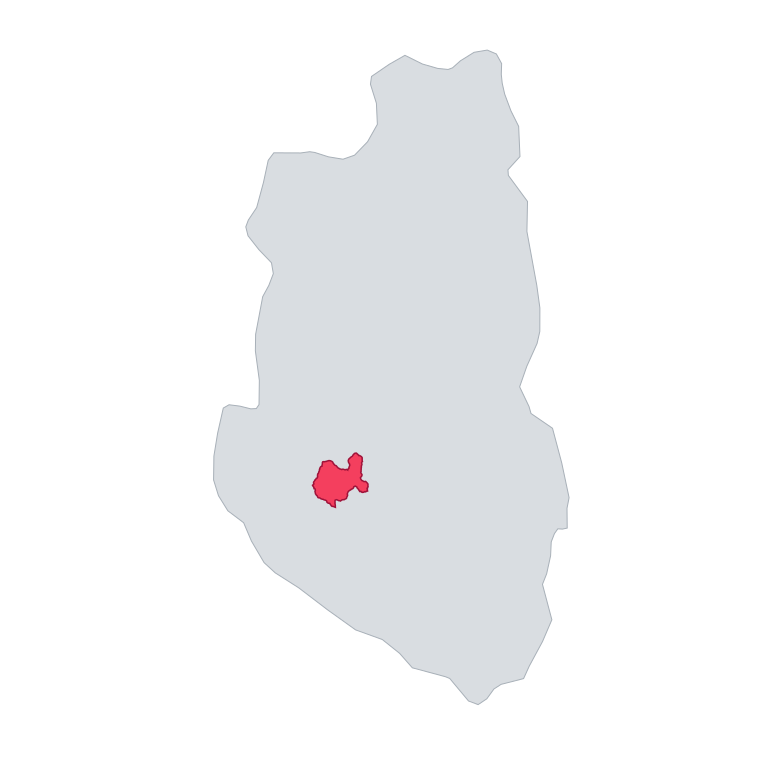 location of Toewang, Punakha, Bhutan, rotated 266°
{"feature_id": "84629894B31027958924606", "entity_name": "Toewang", "entity_type": "district", "adm_level": 2, "iso_a3": "BTN", "parent_name": "Bhutan", "parent_adm1": "Punakha", "projection": "albers", "projection_center": [89.944, 27.737], "detail": "fine", "context": "in_parent", "style": "filled", "palette": "rose", "viewbox_px": 768, "rotation_deg": 266, "n_neighbors": 0, "source": "geoboundaries", "source_scale": "gbopen_adm2", "svg_char_len": 7027}
<svg xmlns="http://www.w3.org/2000/svg" viewBox="0 0 768 768"><g transform="rotate(266 384 384)"><path d="M620.9,326.1L619.8,331.1L614.5,344.4L611.1,358.8L614.3,370.6L626.8,384.5L643.5,395.5L664.6,396.0L684.0,391.4L691.7,393.0L702.6,411.6L710.4,427.8L700.5,444.7L695.1,459.5L693.3,469.9L694.6,474.4L701.1,482.8L708.6,497.0L709.9,510.3L705.4,519.1L695.4,523.7L684.7,522.6L675.8,522.9L664.8,524.6L647.6,529.7L631.6,536.3L601.4,535.5L589.1,522.6L583.4,522.6L556.1,539.9L526.2,537.2L471.7,543.3L449.0,544.8L425.6,543.1L413.7,539.5L391.7,527.7L371.7,519.1L351.4,527.1L344.3,528.6L328.1,549.0L292.8,555.8L257.7,560.7L247.3,557.9L227.5,556.7L226.8,551.9L227.4,547.3L222.9,543.6L214.8,539.8L201.0,538.2L183.3,533.0L173.1,528.1L137.1,535.0L116.1,524.2L92.4,509.2L80.4,502.7L76.2,479.8L72.1,472.4L62.8,464.6L57.6,455.5L61.9,446.2L85.7,429.0L87.7,424.9L98.9,392.5L114.2,380.8L129.2,364.5L140.7,338.5L162.7,311.9L186.7,284.6L203.2,262.3L214.2,251.9L236.6,240.8L255.4,234.3L268.4,219.4L284.1,211.1L300.2,207.3L324.0,209.3L346.5,214.6L371.2,222.0L374.1,228.0L372.0,238.6L368.5,249.4L368.4,254.9L372.2,257.9L396.3,259.9L425.9,258.0L442.5,259.4L479.6,269.1L490.4,276.0L501.8,281.3L512.8,280.2L526.7,268.6L541.3,258.7L550.4,257.1L557.0,260.1L568.9,269.3L593.4,277.8L615.2,284.1L622.3,290.2L620.3,317.1L620.9,326.1Z" fill="#d9dde1" stroke="#a8b0b8" stroke-width="1"/><path d="M278.4,360.2L278.6,360.1L279.0,360.0L279.6,360.0L279.9,359.9L280.4,360.2L280.7,360.1L281.1,359.8L281.3,359.9L281.5,360.1L281.7,360.5L281.8,360.6L282.2,360.6L283.0,361.0L283.4,360.8L284.5,361.0L285.4,361.0L286.6,360.2L288.1,358.9L288.1,358.1L288.0,357.7L288.1,357.0L288.4,356.7L288.7,356.3L289.1,355.8L289.2,355.2L289.5,355.0L289.9,354.7L290.3,354.5L290.6,354.3L291.6,354.0L292.1,353.9L292.4,354.0L292.8,354.5L293.3,355.1L293.9,355.4L294.6,355.7L295.4,355.7L296.1,355.2L296.7,354.9L297.7,354.6L298.1,355.0L298.8,355.1L299.2,355.1L300.1,355.2L301.0,355.4L301.7,355.3L302.1,355.4L302.6,355.7L302.9,355.7L303.6,355.6L303.9,355.8L304.4,355.9L304.7,356.2L305.1,356.3L305.6,356.4L306.0,356.3L306.3,356.2L306.6,356.1L307.0,356.1L307.6,356.5L308.0,356.8L308.1,357.1L308.3,357.1L308.6,357.0L308.7,356.9L309.0,356.9L309.4,356.9L310.1,357.0L310.9,356.9L311.3,357.1L311.7,357.1L311.9,357.1L312.3,357.0L312.7,356.7L313.2,356.4L313.4,356.0L313.9,355.4L314.1,355.0L314.2,354.8L314.4,354.6L314.4,353.9L314.4,353.7L314.9,353.5L315.4,353.2L315.6,353.0L315.8,352.6L316.0,352.4L316.4,352.3L316.6,352.1L316.8,351.8L317.0,351.6L317.0,350.9L317.0,350.6L317.0,350.3L316.9,350.1L316.7,349.5L316.2,349.2L316.0,348.8L315.2,348.0L315.0,347.9L314.7,347.8L314.3,347.5L314.0,347.1L313.5,346.1L313.0,345.3L312.5,344.9L311.9,344.0L311.5,343.6L310.3,343.0L310.0,343.0L309.6,343.0L309.2,343.0L308.9,343.1L308.0,343.2L306.9,344.0L306.6,344.0L306.3,344.0L306.1,344.0L305.8,344.2L305.3,344.2L304.9,344.0L304.3,343.7L304.0,343.6L303.2,343.2L302.6,343.2L302.4,343.1L302.1,342.6L301.9,342.4L301.5,342.3L301.3,341.9L301.0,341.7L300.7,341.7L301.1,341.1L301.3,340.8L301.4,340.7L301.4,340.1L301.1,339.7L301.1,339.0L301.3,338.6L301.6,338.1L301.9,337.1L301.9,336.6L301.6,336.1L301.6,335.8L301.7,335.6L301.9,335.4L302.1,335.0L302.2,334.8L302.2,334.5L302.3,334.2L302.5,333.7L302.9,333.4L303.0,333.3L303.1,332.8L303.2,332.6L304.0,332.0L304.5,331.5L304.7,331.4L305.2,331.1L305.9,330.5L306.3,329.5L306.5,329.2L307.1,328.7L307.5,328.6L307.6,328.4L308.7,327.7L309.2,327.6L309.6,327.4L309.9,327.1L310.0,327.1L310.1,326.9L310.4,326.6L310.6,326.4L310.8,325.8L311.0,325.5L311.2,325.2L311.2,324.7L311.4,324.2L311.5,323.8L311.2,322.8L311.2,322.2L311.1,321.7L310.8,321.3L310.8,321.0L310.8,320.5L310.8,320.1L310.6,319.5L310.7,318.5L310.8,318.1L310.6,317.6L310.6,317.4L310.2,317.2L309.8,317.0L309.2,317.0L308.8,316.9L308.5,316.9L308.1,316.8L307.4,316.5L307.0,316.5L306.5,316.5L306.3,316.4L306.3,316.2L306.2,315.6L305.9,315.3L305.8,315.0L305.3,314.6L304.8,314.3L304.6,314.3L304.3,314.1L304.0,314.0L303.9,314.0L303.9,313.9L303.7,313.8L303.3,313.8L302.8,313.5L302.4,313.5L301.8,313.4L301.3,313.1L300.9,312.8L300.4,312.7L300.2,312.6L299.8,312.4L299.6,312.3L299.3,312.2L299.0,311.8L298.9,311.6L298.5,311.5L298.1,311.4L297.5,311.4L297.0,311.2L296.7,311.2L296.3,311.2L296.0,311.4L295.8,311.3L295.0,310.7L294.7,310.6L294.6,310.1L294.6,309.8L294.2,309.6L293.6,309.2L293.2,308.8L293.3,308.7L293.2,308.5L293.1,308.4L292.4,308.1L292.2,307.9L291.4,307.3L291.2,307.0L290.5,306.8L290.2,306.8L289.4,307.1L289.0,307.0L288.9,306.8L288.8,306.6L288.2,306.0L288.0,305.6L287.8,305.6L287.6,305.7L287.4,305.8L287.3,306.0L287.1,306.2L286.9,306.2L286.7,306.5L285.9,306.6L285.7,306.7L285.5,306.9L285.2,307.1L284.7,307.0L284.5,306.9L284.4,307.2L284.2,307.8L284.0,308.0L283.8,308.1L283.1,308.0L282.6,308.1L282.4,308.0L282.2,307.8L281.7,307.8L281.3,307.6L281.1,307.7L280.5,307.9L280.3,307.9L279.8,308.0L279.3,307.9L278.9,308.2L278.2,308.6L277.6,308.9L277.5,309.2L277.3,309.4L276.5,309.8L276.3,309.8L276.1,309.9L275.8,310.0L275.6,310.1L275.3,310.4L275.1,310.5L275.0,311.2L275.0,311.5L274.8,311.9L274.8,312.1L273.9,313.0L273.8,313.5L273.4,314.2L273.3,314.3L273.3,315.0L273.1,315.4L273.1,315.5L272.8,315.8L272.5,316.2L272.4,316.9L272.2,317.4L272.0,317.7L272.0,317.8L271.6,318.4L271.4,318.5L271.1,318.7L270.4,318.8L270.1,318.8L269.9,319.0L269.5,319.3L269.1,319.9L268.9,320.4L268.8,321.3L268.7,321.6L268.5,321.8L267.6,322.0L267.1,322.4L266.6,322.8L266.2,322.9L266.0,323.1L265.5,323.7L265.5,323.9L265.5,324.4L265.4,324.8L265.2,325.3L264.8,325.8L264.7,326.1L264.6,326.5L264.4,326.9L264.6,326.9L265.6,326.9L266.0,327.0L266.5,326.9L267.0,326.9L267.7,326.9L268.3,326.7L268.5,326.8L268.8,326.8L269.0,326.9L269.9,326.9L270.2,326.9L270.7,327.0L271.1,327.0L271.4,327.1L271.7,327.3L271.7,328.0L271.8,328.3L271.9,328.6L271.9,328.8L271.7,329.1L271.2,330.0L270.8,330.6L270.7,331.5L270.6,331.9L270.3,332.2L270.3,332.5L270.5,332.7L270.7,333.0L271.0,333.4L271.2,333.9L271.4,334.4L271.5,334.6L271.4,334.9L271.4,335.3L271.5,335.4L271.4,335.7L271.4,336.1L271.4,336.4L271.7,336.9L272.0,337.4L272.4,338.5L272.8,338.7L273.6,338.9L274.2,339.3L275.0,339.7L275.4,339.8L275.7,340.0L276.0,339.8L276.3,339.7L276.5,339.7L276.6,339.8L277.0,339.7L277.6,340.0L277.8,340.1L278.2,340.3L279.0,340.7L279.6,341.2L279.8,341.5L280.0,342.1L280.4,342.5L280.5,342.9L280.8,343.6L281.3,343.9L281.6,345.2L281.9,345.7L282.1,345.8L282.2,346.0L282.5,346.3L282.8,346.5L283.2,346.5L283.4,346.6L283.7,346.8L283.8,347.0L284.0,347.7L284.0,347.8L284.1,348.0L284.1,348.3L284.1,348.5L283.9,348.7L283.8,348.9L283.5,349.1L283.4,349.3L283.2,349.7L283.0,349.8L282.5,349.9L282.3,349.9L282.0,350.1L281.8,350.4L281.3,350.7L280.5,351.3L280.0,351.5L279.8,351.6L279.5,351.7L279.3,351.9L278.4,352.3L278.3,352.8L278.5,353.2L278.6,353.3L278.5,353.5L278.4,353.7L278.0,353.9L277.7,354.1L277.6,354.4L277.5,354.6L277.4,354.7L277.4,354.8L277.6,354.9L277.6,355.0L277.4,355.2L277.4,355.5L277.4,356.1L277.5,356.4L277.6,356.6L277.8,356.8L278.0,357.2L278.0,357.3L277.9,357.4L277.7,357.8L277.7,358.0L277.7,358.3L277.8,358.5L278.1,358.7L278.3,359.1L278.3,359.4L278.3,360.0L278.4,360.2Z" fill="#f43f5e" stroke="#9f1239" stroke-width="1.5"/></g></svg>